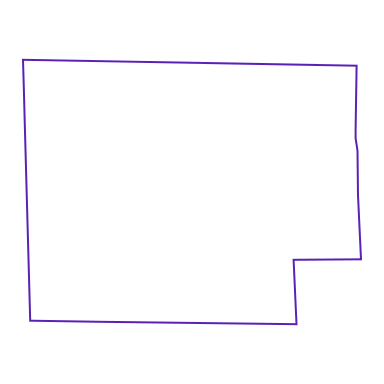 the district of Huron, Ohio, United States of America
{"feature_id": "52423323B64843440353794", "entity_name": "Huron", "entity_type": "district", "adm_level": 2, "iso_a3": "USA", "parent_name": "United States of America", "parent_adm1": "Ohio", "projection": "orthographic", "projection_center": [-82.559, 41.141], "detail": "fine", "context": "isolated", "style": "outline", "palette": "violet", "viewbox_px": 384, "rotation_deg": 0, "n_neighbors": 0, "source": "geoboundaries", "source_scale": "gbopen_adm2", "svg_char_len": 287}
<svg xmlns="http://www.w3.org/2000/svg" viewBox="0 0 384 384"><path d="M30.2,320.7L100.5,321.8L296.5,324.2L293.6,259.8L361.0,259.3L358.0,195.2L357.5,150.7L355.6,138.1L355.6,130.0L356.6,65.7L23.0,59.8L23.9,90.6L24.8,124.7L30.2,320.7Z" fill="none" stroke="#5b21b6" stroke-width="2"/></svg>